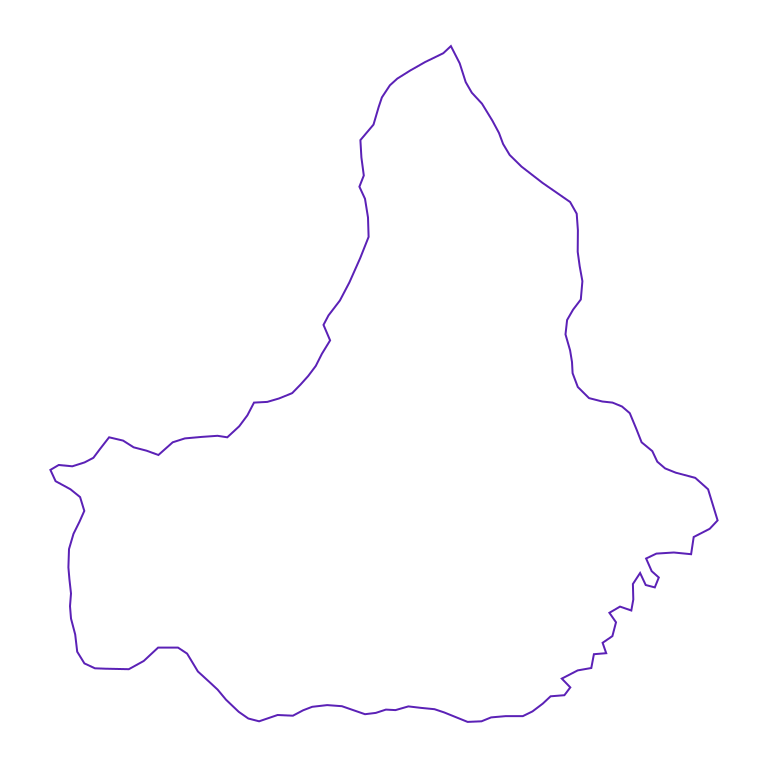 Macatuba, São Paulo, Brazil
{"feature_id": "56859067B58537129130586", "entity_name": "Macatuba", "entity_type": "district", "adm_level": 2, "iso_a3": "BRA", "parent_name": "Brazil", "parent_adm1": "São Paulo", "projection": "orthographic", "projection_center": [-48.72, -22.463], "detail": "fine", "context": "isolated", "style": "outline", "palette": "violet", "viewbox_px": 768, "rotation_deg": 0, "n_neighbors": 0, "source": "geoboundaries", "source_scale": "gbopen_adm2", "svg_char_len": 2064}
<svg xmlns="http://www.w3.org/2000/svg" viewBox="0 0 768 768"><path d="M612.4,636.1L616.0,622.3L609.4,612.8L620.0,606.6L631.3,610.5L633.3,599.5L632.9,584.0L640.1,573.0L645.7,585.0L654.8,587.4L658.8,577.5L651.7,571.2L646.1,558.5L656.4,553.6L673.8,552.5L691.1,554.2L693.7,537.0L709.7,528.8L717.6,520.4L708.1,489.3L695.3,477.9L675.8,472.7L665.1,468.4L657.3,461.7L652.3,451.1L641.6,442.3L636.4,429.1L629.8,413.2L622.0,406.5L612.5,402.6L602.3,401.5L589.0,398.1L577.8,387.0L572.6,373.2L572.0,362.0L570.1,350.4L565.5,334.4L567.1,320.0L573.1,309.6L580.8,299.5L582.4,281.2L579.7,266.3L577.7,251.8L577.9,230.3L576.7,213.7L570.1,202.0L542.4,182.8L521.5,166.6L509.7,155.0L503.1,144.0L499.0,133.0L492.4,120.7L482.0,103.7L471.8,92.7L465.7,82.1L459.7,63.3L450.9,46.1L443.3,53.2L425.2,62.0L410.4,70.4L397.3,78.6L389.9,85.3L381.9,97.4L378.7,106.9L373.5,124.6L360.4,140.1L361.4,157.4L363.8,175.5L359.4,186.7L365.0,198.8L368.0,217.5L368.6,236.9L360.2,258.1L349.4,282.4L339.9,300.5L328.5,315.4L323.5,324.9L330.1,340.4L321.9,353.8L315.8,365.9L308.2,376.0L300.4,384.7L292.2,393.1L278.9,398.5L267.3,401.9L254.0,402.6L247.4,415.3L239.2,426.3L227.3,437.3L217.5,435.8L201.8,436.9L184.9,438.4L172.7,442.3L158.4,455.0L146.6,450.7L133.6,447.3L123.1,440.6L109.1,437.3L100.0,449.0L93.4,457.8L84.6,462.4L72.3,466.3L58.7,465.0L50.4,469.9L55.6,481.2L70.5,489.3L80.1,497.1L84.3,510.9L79.5,521.7L73.5,533.8L69.0,549.1L68.4,567.4L69.4,579.1L71.0,593.5L70.0,606.2L71.0,618.5L75.2,634.5L77.2,651.7L84.4,663.4L94.9,668.3L105.3,668.7L128.8,669.2L143.7,661.0L158.1,647.6L178.0,647.6L187.1,653.6L197.9,671.5L208.1,680.8L217.6,689.6L226.0,699.7L238.7,711.8L248.3,718.5L259.1,721.3L277.6,715.0L292.9,715.7L303.1,710.3L312.2,706.8L327.2,705.1L341.9,706.2L365.0,714.2L375.8,712.9L385.9,709.6L395.5,710.1L408.4,706.4L421.2,707.9L434.5,709.2L444.1,712.4L467.6,721.9L481.5,721.3L491.1,717.4L506.0,716.1L522.9,716.1L532.5,711.4L542.8,703.6L550.6,696.3L564.4,695.2L570.3,687.4L561.8,678.6L577.7,670.4L591.3,668.0L593.9,654.2L606.2,653.2L602.6,642.8L612.4,636.1Z" fill="none" stroke="#5b21b6" stroke-width="2"/></svg>